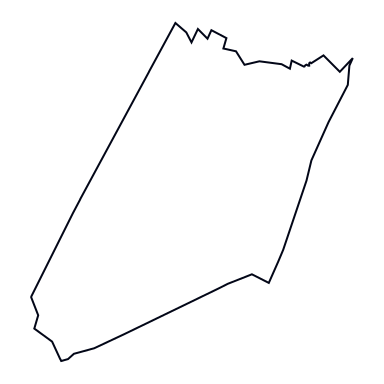 outline of Nash, North Carolina, United States of America
{"feature_id": "52423323B12414310346130", "entity_name": "Nash", "entity_type": "district", "adm_level": 2, "iso_a3": "USA", "parent_name": "United States of America", "parent_adm1": "North Carolina", "projection": "albers", "projection_center": [-77.97, 35.965], "detail": "fine", "context": "isolated", "style": "outline", "palette": "ink", "viewbox_px": 384, "rotation_deg": 0, "n_neighbors": 0, "source": "geoboundaries", "source_scale": "gbopen_adm2", "svg_char_len": 908}
<svg xmlns="http://www.w3.org/2000/svg" viewBox="0 0 384 384"><path d="M31.3,296.6L31.2,297.2L31.2,297.3L38.2,315.3L34.3,328.6L52.1,341.6L60.1,358.9L60.2,359.1L60.4,359.3L60.6,359.6L60.7,359.8L60.9,360.5L61.2,361.0L68.0,359.1L73.9,353.8L90.1,349.4L90.3,349.3L94.1,348.3L124.8,333.9L125.6,333.5L218.7,288.4L227.8,283.8L251.9,274.3L268.8,282.9L278.1,261.9L283.2,249.8L306.5,180.6L311.4,160.4L328.6,122.0L347.8,84.9L349.4,65.6L352.8,58.1L339.8,71.8L323.5,55.4L311.3,63.2L310.2,62.5L309.8,62.6L309.2,63.3L309.2,64.0L309.2,65.7L308.2,65.7L306.7,64.7L306.3,64.7L306.0,64.9L305.5,65.2L305.1,65.5L304.9,65.8L304.5,66.5L303.9,66.6L291.7,60.6L289.9,68.7L281.6,64.2L259.4,61.3L244.5,64.8L236.0,51.3L223.4,48.5L226.4,38.1L211.4,30.2L207.5,38.7L197.9,29.0L191.5,42.4L186.3,32.4L175.4,23.0L149.1,71.5L148.9,72.0L80.2,199.2L80.2,199.4L72.9,213.2L31.5,296.1L31.3,296.6Z" fill="none" stroke="#020617" stroke-width="2"/></svg>